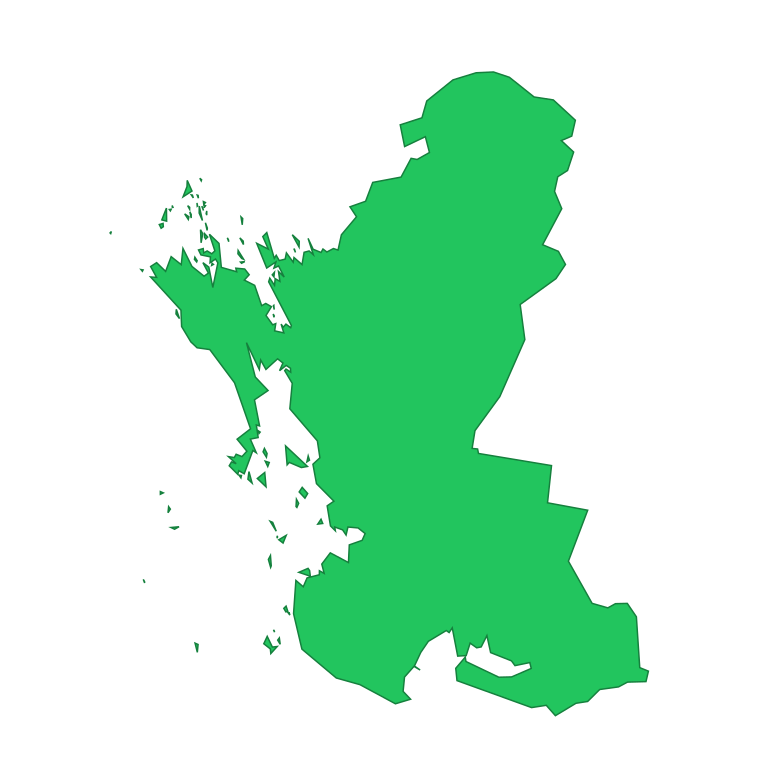 outline of Helgafellssveit, Vesturland, Iceland, rotated 274°
{"feature_id": "244011B42475995928988", "entity_name": "Helgafellssveit", "entity_type": "district", "adm_level": 2, "iso_a3": "ISL", "parent_name": "Iceland", "parent_adm1": "Vesturland", "projection": "orthographic", "projection_center": [-22.792, 64.982], "detail": "fine", "context": "isolated", "style": "filled", "palette": "green", "viewbox_px": 768, "rotation_deg": 274, "n_neighbors": 0, "source": "geoboundaries", "source_scale": "gbopen_adm2", "svg_char_len": 6217}
<svg xmlns="http://www.w3.org/2000/svg" viewBox="0 0 768 768"><g transform="rotate(274 384 384)"><path d="M101.2,440.0L104.8,434.0L118.8,439.4L130.4,446.2L142.4,463.3L140.6,466.3L145.5,469.1L117.7,476.5L118.8,484.9L131.5,488.0L127.3,494.9L128.5,499.3L140.2,504.2L123.5,509.1L116.7,530.5L112.2,534.3L116.3,548.9L110.5,550.7L100.7,531.7L99.5,519.0L112.9,485.1L117.2,484.1L105.4,475.4L93.2,477.5L71.5,553.8L74.8,568.3L65.1,578.1L78.9,597.8L81.5,609.3L94.3,620.5L98.2,639.1L103.6,647.7L105.4,666.1L116.0,667.8L118.9,658.9L169.4,652.0L182.1,642.0L181.0,630.2L176.3,622.9L179.7,606.9L220.1,580.3L272.3,596.0L276.9,555.4L314.3,556.8L321.3,483.1L325.7,481.9L325.9,476.4L343.8,478.0L379.5,500.4L438.1,521.4L472.8,514.3L501.1,548.2L515.9,556.7L528.5,548.7L534.0,532.5L571.3,549.1L588.0,540.7L602.9,542.9L609.8,552.2L628.6,557.0L639.2,543.9L644.4,554.0L660.5,556.5L679.2,533.1L680.8,513.7L698.7,487.7L702.9,471.5L700.9,454.2L692.2,431.6L669.3,406.9L652.2,403.3L643.7,382.1L622.3,388.0L633.6,408.0L618.1,413.2L610.3,401.4L611.0,395.3L591.6,386.6L584.3,358.7L565.0,352.9L558.4,337.7L548.9,344.9L529.9,331.1L514.4,328.8L515.6,324.1L511.7,317.8L514.4,313.7L510.8,312.0L513.5,303.9L524.0,298.1L508.0,304.5L511.5,300.0L509.8,295.1L497.4,293.9L503.9,285.4L499.2,284.9L508.0,277.5L501.7,276.7L499.8,270.9L504.9,267.5L501.7,265.8L526.9,256.5L522.6,252.8L510.5,259.2L515.5,247.2L491.5,258.9L498.3,267.7L491.9,266.1L494.4,270.6L483.7,277.0L488.9,270.9L479.1,273.0L481.5,268.1L474.8,267.9L481.6,262.7L477.9,261.8L436.0,287.5L433.7,287.0L436.9,282.0L433.6,279.5L436.6,277.2L428.0,280.5L429.4,271.2L436.7,271.8L435.3,268.8L444.1,261.5L453.3,266.3L456.1,260.4L453.6,256.5L473.4,248.1L477.9,237.4L483.6,241.9L489.0,237.0L489.2,228.1L485.7,229.2L489.0,213.6L512.7,209.6L521.2,199.4L505.0,206.0L501.9,203.1L504.4,198.3L502.2,195.0L506.5,194.2L504.8,189.6L500.0,192.4L498.7,202.0L492.8,202.0L496.9,207.2L493.3,209.8L468.3,206.5L488.4,201.1L492.4,194.9L482.4,201.1L479.0,197.0L487.9,184.2L505.2,174.0L488.9,173.4L496.2,162.8L481.1,158.3L489.2,148.7L484.9,143.0L474.5,149.7L474.5,143.7L443.5,176.3L427.2,178.1L412.5,188.4L407.1,195.0L406.2,207.8L374.8,234.8L330.0,254.0L318.7,241.3L307.4,251.9L301.7,247.4L303.6,241.4L300.2,239.8L300.7,233.9L294.2,242.1L295.6,237.3L291.6,235.3L283.7,244.4L287.4,245.2L284.7,250.8L308.5,257.8L306.5,261.4L319.7,254.5L321.8,262.2L334.2,259.5L333.5,262.8L359.2,255.9L369.4,268.8L382.0,255.1L415.7,243.9L389.8,258.6L399.3,259.3L390.3,265.2L401.7,276.1L397.9,281.7L390.0,278.9L395.7,285.1L393.2,289.6L389.3,290.1L392.1,285.2L390.4,284.0L378.3,292.4L352.7,291.8L322.6,321.5L305.9,325.2L299.0,318.7L279.9,323.6L263.6,342.2L258.5,335.8L238.7,340.5L234.2,345.7L237.9,344.8L235.6,352.9L230.7,356.7L238.8,358.0L238.6,368.2L233.5,375.6L226.5,373.1L221.1,360.6L203.4,361.0L211.8,342.2L200.0,334.5L190.9,337.5L193.2,332.6L189.2,332.8L185.2,320.8L176.1,317.6L181.9,309.8L148.6,309.8L113.8,320.6L87.4,356.9L82.4,381.0L65.8,417.7L71.4,432.5L78.7,424.5L93.1,424.9L104.4,433.6L101.2,440.0ZM315.4,290.1L296.6,293.0L299.2,295.0L294.9,307.4L296.4,313.4L315.4,290.1ZM116.5,282.2L111.8,289.1L107.2,289.9L114.7,295.8L113.8,291.0L124.1,285.1L116.5,282.2ZM287.4,271.2L280.9,264.2L273.2,273.5L287.4,271.2ZM544.3,154.7L532.2,150.9L531.3,155.8L544.3,154.7ZM556.7,170.5L563.1,179.0L573.4,173.5L567.2,173.7L556.7,170.5ZM194.8,321.1L190.2,312.2L187.1,323.9L192.7,322.8L194.8,321.1ZM541.6,187.7L534.4,191.5L548.6,187.3L541.6,187.7ZM275.2,309.6L270.4,306.9L264.6,313.1L269.4,315.5L275.2,309.6ZM520.5,289.5L526.5,282.1L514.7,289.7L520.5,289.5ZM287.2,255.4L279.5,254.9L276.0,259.3L287.2,255.4ZM525.1,190.2L512.1,191.7L521.3,192.7L525.1,190.2ZM240.6,332.6L244.7,330.6L239.6,327.7L240.6,332.6ZM229.6,286.8L238.2,282.6L239.1,280.0L229.6,286.8ZM226.2,297.0L221.3,289.9L218.3,294.4L226.2,297.0ZM528.8,152.4L527.4,148.7L523.8,150.8L525.5,152.9L528.8,152.4ZM205.0,282.7L200.9,280.9L193.2,283.7L194.8,284.2L205.0,282.7ZM111.2,216.7L112.3,213.6L103.3,216.5L111.2,216.7ZM444.0,171.6L439.4,171.6L435.0,175.4L444.0,171.6ZM311.4,269.2L307.9,268.1L302.8,271.8L306.5,272.2L311.4,269.2ZM507.0,229.2L503.7,229.2L499.3,233.3L498.6,235.3L507.0,229.2ZM516.7,233.6L519.7,230.0L513.3,234.1L516.7,233.6ZM224.5,185.2L227.3,189.5L226.0,181.5L224.5,185.2ZM262.9,304.7L255.6,304.8L254.8,305.7L259.0,307.2L262.9,304.7ZM297.7,275.0L298.7,270.9L293.6,273.8L297.7,275.0ZM123.4,297.3L121.1,295.8L117.1,298.6L123.4,297.3ZM302.8,315.0L306.9,313.4L300.9,312.5L302.8,315.0ZM244.3,179.6L246.6,177.7L240.5,177.5L244.3,179.6ZM155.6,301.8L153.2,299.7L149.8,302.0L150.5,303.9L155.6,301.8ZM539.2,231.5L540.7,229.7L532.9,231.5L539.2,231.5ZM527.2,196.9L532.4,194.6L524.9,196.8L527.2,196.9ZM534.5,177.3L537.2,177.7L539.8,173.3L534.5,177.3ZM521.5,194.5L517.9,194.7L516.2,196.0L518.3,197.9L521.5,194.5ZM536.1,180.1L539.8,179.8L542.1,178.3L536.1,180.1ZM487.8,266.9L485.1,264.9L483.2,266.7L487.8,266.9ZM260.0,171.4L261.1,168.4L258.4,168.6L260.0,171.4ZM496.4,236.6L495.6,232.3L494.5,233.5L496.4,236.6ZM497.3,186.5L495.1,186.2L492.7,188.6L494.0,189.0L497.3,186.5ZM282.8,248.2L283.0,245.7L280.4,247.8L282.8,248.2ZM552.6,193.2L553.4,191.1L550.4,191.7L552.6,193.2ZM481.0,135.7L481.2,133.6L479.6,135.1L481.0,135.7ZM454.4,268.2L450.6,269.3L454.8,268.6L454.4,268.2ZM491.4,205.5L492.4,204.1L490.3,203.8L491.4,205.5ZM556.3,180.8L559.1,179.7L559.2,178.6L556.3,180.8ZM327.4,263.8L328.4,262.1L326.1,262.9L327.4,263.8ZM546.7,177.8L548.2,175.7L544.8,177.9L546.7,177.8ZM442.9,269.5L444.2,269.8L446.1,268.6L442.9,269.5ZM547.3,192.2L549.4,193.5L549.6,192.5L547.3,192.2ZM575.0,187.8L576.4,185.9L573.9,187.5L575.0,187.8ZM515.1,219.2L517.2,218.7L518.9,217.5L515.1,219.2ZM146.9,306.2L149.2,305.4L149.1,304.3L146.9,306.2ZM556.4,185.9L559.2,185.4L559.4,184.5L556.4,185.9ZM548.6,185.6L551.6,184.8L548.3,185.3L548.6,185.6ZM168.8,159.1L170.2,158.9L172.3,157.5L168.8,159.1ZM544.3,195.1L541.6,194.7L540.1,195.4L544.3,195.1ZM543.5,159.5L543.1,157.7L541.8,158.8L543.5,159.5ZM517.1,101.4L515.6,100.2L515.0,100.9L517.1,101.4ZM222.7,288.1L224.0,288.5L225.1,288.0L222.7,288.1ZM545.6,161.1L547.3,160.3L545.6,160.5L545.6,161.1ZM509.1,286.5L511.9,285.4L512.8,284.6L509.1,286.5ZM128.8,292.1L130.0,291.8L131.1,290.9L128.8,292.1ZM544.5,191.8L547.3,190.8L548.7,189.8L544.5,191.8Z" fill="#22c55e" stroke="#15803d" stroke-width="1.5"/></g></svg>